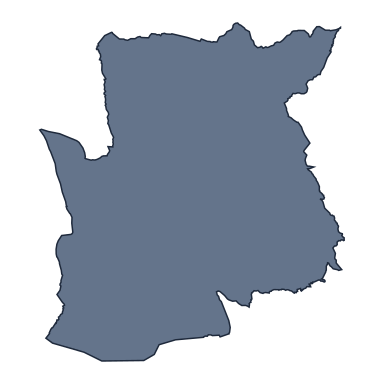 outline of Atexcal, Puebla, Mexico
{"feature_id": "50627088B34758955275984", "entity_name": "Atexcal", "entity_type": "district", "adm_level": 2, "iso_a3": "MEX", "parent_name": "Mexico", "parent_adm1": "Puebla", "projection": "robinson", "projection_center": [-97.669, 18.376], "detail": "fine", "context": "isolated", "style": "filled", "palette": "slate", "viewbox_px": 384, "rotation_deg": 0, "n_neighbors": 0, "source": "geoboundaries", "source_scale": "gbopen_adm2", "svg_char_len": 5849}
<svg xmlns="http://www.w3.org/2000/svg" viewBox="0 0 384 384"><path d="M229.0,333.8L228.8,333.4L229.5,332.6L229.7,331.5L230.2,327.4L228.8,320.6L221.3,301.6L219.5,299.7L218.6,296.4L217.2,294.9L216.5,291.8L218.2,291.0L220.1,291.6L224.6,295.5L227.4,298.9L228.9,299.9L232.6,301.2L236.1,300.9L238.6,303.5L241.8,305.5L245.5,305.4L247.6,306.1L249.1,307.1L249.5,304.6L249.1,303.8L249.9,302.7L250.9,302.4L250.7,301.1L251.5,299.8L251.1,299.5L251.9,298.8L251.3,294.1L251.9,293.3L251.7,292.8L253.6,291.5L254.0,290.7L256.0,291.0L258.0,290.5L260.1,292.6L263.0,293.4L263.6,292.9L265.5,292.5L269.2,293.0L269.2,292.2L269.8,291.5L271.3,291.2L271.5,290.7L273.9,289.6L278.5,289.7L278.9,290.2L280.0,289.6L281.3,289.8L281.8,289.2L284.2,289.4L285.6,290.3L287.0,289.7L288.7,289.9L289.5,290.5L291.6,291.0L294.0,293.0L294.3,293.1L294.6,292.3L296.0,292.7L296.3,292.6L296.5,291.5L297.6,291.4L297.2,289.5L300.5,288.5L300.7,290.2L302.0,289.7L302.0,290.2L300.9,291.5L304.1,288.7L305.7,288.2L306.9,286.6L310.7,286.8L310.5,285.9L309.3,284.8L309.1,284.1L310.9,283.9L311.0,282.8L312.4,283.5L312.8,283.0L312.3,282.4L312.7,282.0L314.2,282.0L318.6,280.0L319.9,280.1L320.8,281.1L322.2,281.1L324.2,282.0L324.8,281.8L325.1,281.1L324.5,280.0L321.5,279.0L322.6,278.2L325.8,271.8L325.8,270.9L326.3,270.2L326.3,266.2L327.0,264.7L327.4,264.6L327.6,262.8L328.6,263.1L330.0,265.8L331.4,266.8L333.2,268.8L337.5,269.7L338.7,270.4L341.7,269.6L336.2,263.0L336.2,260.1L334.9,258.8L334.7,257.9L335.4,253.4L332.9,248.0L334.5,246.0L335.9,246.0L337.2,244.7L337.1,242.1L338.8,240.6L340.3,240.9L341.2,239.9L342.8,240.0L343.5,240.6L344.2,240.3L344.1,237.7L343.3,237.3L341.8,235.6L342.4,234.5L342.3,233.7L340.2,233.1L338.5,231.7L337.9,228.9L338.5,226.2L337.3,224.4L337.2,223.2L336.2,222.7L335.8,221.6L334.4,220.0L334.6,218.0L334.0,216.1L332.9,215.8L332.5,215.2L331.3,215.4L330.1,214.5L329.9,213.3L324.7,208.2L323.0,202.1L322.0,200.4L320.0,198.9L322.4,199.3L323.9,199.0L324.4,197.4L323.7,196.6L323.7,195.3L322.5,194.7L322.4,194.0L319.6,191.5L319.8,190.9L319.3,190.2L319.4,186.6L317.6,182.3L316.3,180.4L316.1,179.0L313.7,176.0L312.8,174.2L312.0,173.6L311.4,172.1L308.2,169.8L307.6,168.8L309.8,168.6L313.8,167.0L308.9,166.1L308.1,166.3L307.2,165.9L306.1,164.2L305.1,160.3L305.5,158.3L306.8,155.1L303.7,151.7L303.9,150.7L309.9,143.1L304.7,135.1L302.4,130.0L301.5,127.1L298.0,122.2L297.0,122.3L293.4,119.9L291.1,117.8L288.3,116.5L288.5,115.8L287.9,113.7L286.6,110.6L286.5,108.4L284.3,103.0L287.3,101.1L288.0,99.9L287.8,98.7L290.1,97.7L290.1,96.6L291.7,96.2L291.8,95.2L293.0,93.4L295.1,93.7L297.7,92.9L299.5,93.0L301.1,93.7L304.1,93.7L306.2,92.5L306.9,91.6L307.7,88.2L306.1,84.1L308.1,80.8L310.2,79.8L312.6,79.7L313.9,77.1L315.7,76.8L317.3,75.1L318.3,74.6L320.2,74.5L320.9,71.5L323.7,67.4L327.2,57.9L331.1,51.9L330.1,51.3L329.8,50.5L331.0,50.1L330.9,48.3L332.6,45.6L331.8,45.4L332.0,44.6L332.8,44.4L333.4,43.0L333.0,42.0L333.5,41.2L333.4,39.4L335.3,36.8L335.0,35.6L337.0,31.5L338.4,30.6L338.8,28.9L340.5,28.2L340.5,27.4L339.1,28.5L336.0,29.8L330.3,30.7L329.5,30.2L325.4,30.2L319.5,26.6L316.8,26.7L313.1,31.3L313.4,31.7L312.3,34.4L311.6,34.8L310.7,36.7L309.9,37.0L309.3,36.6L308.4,34.0L304.3,30.5L298.0,30.4L297.5,30.8L293.6,31.0L292.1,31.6L291.7,32.5L289.8,34.8L287.1,35.6L282.9,40.1L280.5,42.0L279.6,42.4L277.2,42.0L275.0,43.0L273.6,45.3L271.2,45.9L268.2,47.4L267.0,47.5L265.9,46.8L263.1,48.2L261.6,46.5L261.1,46.4L260.0,47.2L257.6,47.7L254.4,44.9L253.4,41.2L251.3,39.1L249.3,31.6L245.3,29.5L244.5,28.1L240.6,25.1L239.3,24.7L237.7,23.0L235.5,23.3L233.8,24.4L233.1,25.4L232.9,27.3L231.7,29.6L226.9,31.7L225.8,33.7L223.9,35.5L219.8,36.7L219.0,37.7L217.0,41.9L216.0,42.0L213.2,41.7L212.8,42.2L210.7,42.0L210.1,41.5L207.5,41.4L201.3,39.0L200.0,41.3L187.4,37.5L171.8,33.8L171.3,34.2L169.8,34.2L166.3,34.0L164.5,33.3L161.8,33.8L160.7,35.7L159.3,34.6L156.9,34.8L155.5,34.0L151.6,33.7L150.0,35.4L148.6,37.8L141.2,37.5L140.0,36.5L137.5,37.1L135.1,38.7L130.8,38.7L127.7,40.3L125.0,39.8L123.9,39.1L119.4,39.0L112.6,33.4L112.3,32.6L111.8,32.3L111.2,32.5L104.7,35.6L98.0,43.9L98.6,45.8L97.2,46.2L97.1,47.6L96.4,48.9L96.7,49.5L98.1,49.4L98.3,49.8L98.5,51.0L99.1,51.2L99.2,52.5L100.4,54.2L100.7,56.8L99.5,59.7L101.0,60.4L101.5,61.2L101.3,63.1L101.8,63.4L102.0,64.7L101.8,70.1L102.5,73.3L105.9,78.9L105.6,79.3L104.2,79.4L104.2,79.8L105.2,81.8L104.1,84.6L104.7,87.2L104.4,89.6L105.5,91.3L105.5,91.7L104.4,92.4L104.0,93.9L105.6,95.4L104.9,96.7L105.4,97.8L105.6,100.0L105.2,102.7L106.1,104.1L105.2,105.2L105.8,106.3L106.3,109.4L108.3,112.4L108.7,114.4L107.3,117.2L108.4,120.6L107.8,123.6L108.7,124.8L111.3,133.0L113.6,137.3L112.8,139.4L113.1,140.6L112.9,142.5L113.3,143.9L112.7,146.0L112.8,146.9L108.0,146.6L109.7,150.7L109.2,152.0L107.5,154.4L107.1,155.8L103.4,155.9L101.8,156.4L100.3,157.8L97.1,159.4L95.0,160.0L92.3,159.8L91.2,160.2L85.6,158.7L85.0,158.3L85.3,156.6L84.7,152.8L82.9,148.0L79.0,142.4L76.7,140.7L59.6,133.7L48.4,131.5L41.4,129.3L39.8,130.0L43.9,135.7L46.5,140.8L49.3,149.2L50.6,151.6L55.2,163.7L56.2,171.1L56.9,174.1L60.5,183.8L62.3,192.1L65.7,201.7L66.3,205.4L66.9,206.3L66.2,206.6L66.9,209.0L69.8,213.5L70.3,213.7L72.0,217.4L71.8,223.2L72.8,232.2L72.3,233.5L71.0,234.4L61.7,235.5L58.3,240.7L56.9,244.2L56.1,249.2L56.2,253.9L56.8,256.9L57.4,257.4L59.4,262.0L59.5,263.7L61.3,270.3L61.8,274.1L62.6,275.2L61.0,280.5L61.0,282.3L60.1,283.9L60.0,285.1L60.9,286.0L60.0,290.3L57.0,294.5L62.4,302.3L64.3,304.3L64.5,305.3L62.8,306.2L63.7,307.9L63.1,308.2L62.9,308.9L63.3,309.8L62.4,312.1L62.4,313.5L60.7,314.5L59.6,316.4L58.5,317.1L58.8,319.4L58.2,320.0L57.0,319.9L56.2,323.3L55.9,323.5L55.6,323.1L52.6,327.8L52.0,327.8L50.9,329.2L49.2,333.0L49.5,333.6L45.9,338.2L52.5,343.1L84.0,352.2L101.8,361.0L143.8,360.5L154.3,354.4L159.1,344.7L175.5,339.8L203.6,337.3L203.7,336.8L205.2,336.1L207.4,336.2L208.3,334.8L210.9,334.9L212.4,335.6L219.2,335.2L220.1,336.9L229.0,333.8Z" fill="#64748b" stroke="#1e293b" stroke-width="1.5"/></svg>